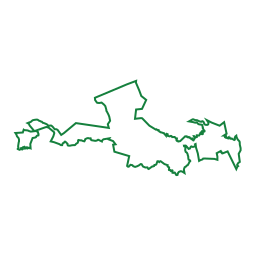 San Marcos Arteaga, Oaxaca, Mexico (Mercator projection)
{"feature_id": "50627088B92396547767690", "entity_name": "San Marcos Arteaga", "entity_type": "district", "adm_level": 2, "iso_a3": "MEX", "parent_name": "Mexico", "parent_adm1": "Oaxaca", "projection": "mercator", "projection_center": [-97.907, 17.746], "detail": "fine", "context": "isolated", "style": "outline", "palette": "green", "viewbox_px": 256, "rotation_deg": 0, "n_neighbors": 0, "source": "geoboundaries", "source_scale": "gbopen_adm2", "svg_char_len": 5925}
<svg xmlns="http://www.w3.org/2000/svg" viewBox="0 0 256 256"><path d="M136.1,80.9L126.8,84.4L94.9,97.8L95.1,100.0L96.7,102.3L97.2,102.8L99.2,103.0L101.6,102.6L104.0,104.6L105.3,106.1L106.3,109.6L106.4,110.9L106.8,111.4L108.5,114.7L109.3,116.8L110.1,120.8L107.8,124.2L108.8,127.9L75.9,123.1L63.8,133.2L61.2,134.9L57.6,129.9L56.5,129.3L55.8,129.2L54.7,129.3L53.3,127.5L52.3,126.4L51.4,125.7L50.9,125.5L49.6,125.7L48.5,125.6L47.9,125.3L47.1,124.5L45.8,123.8L43.5,122.9L42.8,122.8L41.8,121.7L40.8,121.5L40.0,121.0L39.2,120.8L37.6,119.7L36.4,119.6L34.2,119.9L32.6,120.3L30.5,122.1L29.5,122.3L27.6,123.1L28.9,123.8L29.6,125.5L34.4,131.2L30.8,131.6L29.1,131.1L28.4,130.7L27.4,130.4L24.3,130.1L23.7,129.7L22.8,132.5L15.4,133.0L16.5,134.7L16.9,136.1L17.7,137.2L18.3,137.7L18.7,138.5L19.0,139.6L19.0,141.5L18.7,142.4L18.2,145.7L18.1,146.2L18.4,147.8L18.2,148.2L17.7,148.8L17.7,149.0L19.5,149.8L20.0,149.6L20.6,149.1L20.9,148.6L20.9,148.2L21.1,148.1L21.3,148.3L21.4,149.0L22.1,149.5L22.9,149.0L22.9,148.8L22.4,148.0L23.0,147.2L23.3,147.1L23.9,147.1L24.3,146.8L24.5,147.0L25.0,148.6L25.4,148.5L25.7,148.1L26.4,148.0L26.5,147.4L27.0,147.6L27.1,148.3L27.2,148.5L27.4,148.5L27.8,148.2L28.0,147.6L29.1,148.2L29.3,148.2L29.6,147.8L30.6,148.3L30.3,144.0L32.6,138.0L34.9,137.6L35.9,137.2L36.2,136.6L36.9,135.8L37.5,135.5L38.4,135.4L38.5,135.1L38.5,133.9L38.1,133.1L38.0,132.1L36.9,131.5L36.5,131.0L36.2,130.5L45.3,127.3L46.4,127.0L48.6,127.6L53.9,132.0L54.3,133.1L53.3,136.4L50.7,141.4L54.1,142.2L59.3,144.1L60.9,145.1L62.2,145.1L62.6,143.6L62.8,143.3L64.0,142.7L64.6,141.7L65.1,141.6L65.7,142.0L67.5,143.8L67.4,144.1L67.8,145.4L68.1,145.5L68.9,145.7L69.9,145.7L72.2,145.2L74.9,145.1L75.4,144.7L76.1,143.8L77.7,142.8L78.2,141.3L78.1,140.4L78.4,140.0L80.8,140.4L81.2,140.3L83.3,141.1L84.4,141.3L85.0,140.1L85.2,139.2L86.5,138.5L87.3,138.2L88.1,138.1L89.3,138.4L90.6,138.3L90.8,139.0L90.8,139.5L91.5,140.2L95.0,140.8L95.8,140.8L96.5,140.6L97.3,140.3L97.9,139.8L98.6,139.8L98.8,140.0L101.9,141.5L102.1,140.7L102.6,140.0L103.5,139.3L109.4,138.3L108.7,139.4L113.1,141.1L115.5,144.3L113.1,144.7L114.4,151.7L129.2,156.1L127.1,165.9L127.8,166.6L128.7,166.7L130.5,164.8L132.4,165.2L133.2,166.2L135.1,166.9L137.3,166.2L139.2,165.2L140.6,164.1L141.6,164.2L143.0,166.5L145.3,167.5L147.4,167.4L148.2,168.8L148.7,169.0L152.3,166.4L152.8,166.5L154.1,166.0L154.4,165.0L155.8,164.8L156.4,164.2L157.4,161.3L158.1,161.2L159.2,162.1L160.0,161.3L160.6,161.2L164.5,164.1L167.7,165.2L167.5,165.9L167.6,166.4L168.0,166.8L169.0,167.3L169.2,167.9L168.9,169.4L169.0,170.0L169.3,170.1L170.2,170.0L170.6,170.4L170.7,170.9L170.9,171.1L171.4,171.0L172.0,170.3L172.3,170.3L172.5,170.5L172.4,172.7L173.0,172.9L173.7,172.9L174.3,172.5L174.8,172.6L175.4,173.4L175.9,174.6L176.3,175.0L176.7,175.1L177.5,174.9L177.7,173.9L178.2,172.7L178.9,171.9L180.1,171.4L180.8,171.2L181.7,171.4L182.6,171.8L184.5,173.0L183.9,169.9L184.1,168.7L184.7,167.2L185.9,166.6L186.8,165.5L187.7,165.2L188.8,163.3L189.6,161.5L190.2,161.3L190.2,160.7L189.9,160.3L188.6,159.6L188.3,158.2L188.2,156.3L187.8,155.3L187.6,154.1L186.8,152.6L185.7,151.9L185.2,150.2L185.4,147.7L185.3,147.2L184.9,146.5L184.1,146.3L184.0,145.8L184.5,145.9L185.0,145.5L185.9,145.7L187.1,147.0L187.5,147.7L188.1,148.1L188.6,148.9L189.9,148.5L190.8,146.7L191.4,146.4L192.4,146.9L193.6,146.8L194.5,146.5L195.0,146.0L195.4,145.2L195.0,144.3L195.6,144.0L196.0,147.5L197.8,153.4L199.1,160.9L200.5,160.1L202.5,159.4L203.1,158.6L204.2,158.5L214.4,158.9L217.4,159.8L217.4,156.6L216.7,153.2L220.6,151.1L220.7,151.4L220.8,151.4L220.8,151.8L221.0,152.2L221.3,152.4L221.5,152.3L221.7,152.9L221.9,153.1L222.1,153.0L222.3,153.4L222.6,153.4L227.6,151.4L236.3,169.1L237.4,166.6L238.1,166.1L237.1,165.0L237.3,164.5L238.3,162.9L239.8,161.9L238.7,153.8L240.6,150.3L240.6,148.1L239.8,144.7L239.7,142.1L239.4,141.3L237.7,139.5L236.5,137.0L236.3,135.7L235.4,136.4L235.3,136.8L235.0,137.1L234.8,137.7L234.9,138.3L234.9,139.6L234.2,140.0L232.9,139.2L232.3,139.0L231.9,138.6L231.0,138.8L230.7,138.3L229.6,138.3L229.5,138.0L229.5,137.6L229.4,137.6L228.8,138.4L228.2,138.5L228.0,138.4L228.2,137.5L227.7,137.8L226.6,137.9L226.0,137.8L225.0,137.2L224.9,136.9L225.1,136.6L225.3,136.4L226.0,136.1L225.9,135.7L225.7,135.4L225.4,135.4L224.6,135.5L223.9,135.5L226.6,133.7L224.1,122.2L219.6,125.7L211.7,122.6L206.8,120.1L208.2,122.2L208.4,122.9L208.4,123.6L208.2,124.3L207.6,124.8L206.2,124.9L205.2,124.7L204.3,124.0L203.8,122.4L203.4,121.8L202.9,121.4L202.2,121.2L201.6,121.7L200.2,121.6L198.9,121.1L197.0,120.2L195.3,120.1L193.2,119.3L192.5,119.4L189.0,121.4L193.0,122.1L195.3,122.7L196.4,122.4L197.0,122.6L197.8,123.6L198.9,124.3L202.0,124.8L202.3,125.2L202.6,126.7L202.8,127.1L202.9,127.5L202.7,127.9L203.7,130.0L204.4,130.6L204.6,131.0L204.5,131.4L203.7,131.8L202.1,131.1L201.9,131.2L201.3,132.2L200.5,132.7L200.4,133.0L200.7,133.2L202.7,133.4L202.9,133.8L202.7,134.1L202.4,134.2L200.1,133.9L199.7,134.2L199.4,135.2L199.2,135.5L197.9,135.6L197.0,135.2L196.7,135.3L196.7,135.5L196.9,136.0L196.8,137.1L196.4,137.2L195.4,137.3L194.1,136.1L193.8,136.1L194.8,138.2L193.5,140.4L193.1,140.3L192.7,139.7L192.0,139.4L192.3,138.5L192.2,138.4L191.9,138.4L191.0,138.7L190.2,138.2L189.8,137.4L189.6,137.3L189.1,137.5L188.7,137.0L187.8,137.3L187.0,136.9L186.7,136.3L185.9,136.5L185.2,136.3L180.2,141.1L178.4,141.5L178.2,141.5L177.7,140.8L177.0,140.9L176.5,140.4L176.6,139.5L176.8,139.1L176.9,138.5L176.0,138.5L175.7,138.4L175.5,137.7L174.6,137.0L172.2,137.1L171.7,136.3L171.3,136.0L170.8,135.9L169.8,136.4L167.8,135.9L167.5,135.3L167.7,134.3L166.7,133.8L165.8,134.7L165.8,135.5L164.6,134.1L164.3,133.9L164.1,133.6L164.1,133.3L161.1,132.3L160.6,132.3L160.0,131.9L159.9,131.7L159.2,131.4L158.9,130.9L158.7,130.8L158.8,130.7L158.6,130.4L158.6,130.1L158.0,130.0L157.3,130.0L156.5,129.3L155.8,129.6L149.4,125.7L142.2,118.3L141.1,118.1L135.0,118.8L136.1,109.5L142.0,108.9L146.2,99.9L141.3,96.0L139.3,90.6L135.9,82.6L136.1,80.9Z" fill="none" stroke="#15803d" stroke-width="2"/></svg>